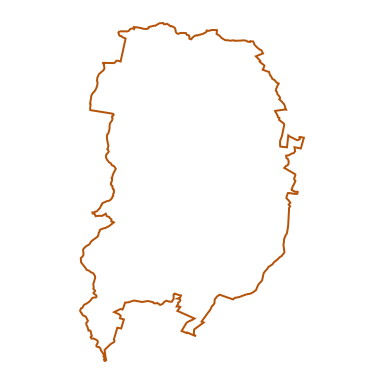 the district of Magesti, Bihor, Romania
{"feature_id": "2599482B73401020399512", "entity_name": "Magesti", "entity_type": "district", "adm_level": 2, "iso_a3": "ROU", "parent_name": "Romania", "parent_adm1": "Bihor", "projection": "robinson", "projection_center": [22.44, 46.993], "detail": "fine", "context": "isolated", "style": "outline", "palette": "amber", "viewbox_px": 384, "rotation_deg": 0, "n_neighbors": 0, "source": "geoboundaries", "source_scale": "gbopen_adm2", "svg_char_len": 5855}
<svg xmlns="http://www.w3.org/2000/svg" viewBox="0 0 384 384"><path d="M303.9,137.7L299.7,136.9L299.3,137.3L299.8,138.6L299.8,139.1L298.2,140.0L297.2,140.2L289.7,136.5L288.3,135.4L287.0,147.3L280.3,146.6L280.1,145.0L280.1,140.8L281.9,136.3L284.2,124.9L283.9,123.6L279.1,119.9L279.4,118.5L279.3,117.8L278.1,117.4L277.3,115.0L275.5,111.9L275.1,110.9L284.9,109.5L286.2,109.7L286.1,109.3L285.8,109.2L285.3,108.2L284.9,106.2L284.1,104.2L280.4,100.2L279.3,99.4L280.1,97.9L279.9,97.3L278.5,95.3L277.4,94.1L276.9,91.8L276.0,90.9L275.8,90.5L276.1,89.0L277.8,85.1L278.7,83.6L276.6,82.5L274.4,79.9L272.4,79.0L271.1,76.3L270.1,75.3L269.0,71.8L267.2,71.4L262.7,69.7L264.0,67.1L264.4,65.5L259.6,61.7L260.3,60.8L255.9,56.3L263.0,53.4L261.2,50.0L259.6,49.5L257.5,47.8L254.6,44.9L253.2,41.5L250.3,41.2L250.1,41.9L247.8,41.7L246.3,40.7L243.3,40.3L241.2,40.6L236.1,40.7L235.3,40.9L233.5,40.3L230.1,40.7L227.7,40.2L226.4,40.3L225.0,40.0L221.6,38.0L219.3,35.5L216.6,34.0L217.0,30.2L214.5,30.0L211.5,30.0L209.7,30.7L209.3,30.6L208.0,30.9L206.7,30.5L206.4,31.8L205.7,32.4L202.6,34.0L198.9,34.9L197.7,35.5L197.1,35.5L196.6,35.2L194.7,35.9L192.3,37.8L191.3,39.3L189.4,38.7L189.3,37.7L189.5,36.5L189.3,36.0L188.4,35.1L187.0,34.9L186.3,34.1L186.1,33.2L183.5,32.9L179.9,33.1L178.5,33.8L177.7,33.8L176.4,32.9L175.6,31.3L175.5,29.8L175.0,28.3L174.5,27.6L171.5,26.1L170.8,25.9L170.4,26.2L167.6,24.1L166.8,23.8L166.0,24.2L163.8,24.2L163.4,23.2L162.9,23.0L159.4,23.3L155.2,25.8L154.0,25.7L148.6,27.1L148.5,28.3L146.6,29.0L143.1,28.8L141.4,28.1L136.9,27.3L134.2,27.1L134.6,27.9L134.0,29.1L133.4,28.6L132.3,28.4L130.6,28.9L129.6,29.7L128.7,30.9L127.2,31.4L120.4,31.3L118.9,31.9L118.4,32.7L119.1,35.0L120.1,36.0L120.9,35.9L121.4,36.1L122.3,37.1L125.6,38.5L120.6,61.5L118.2,60.8L116.7,60.7L116.3,60.9L114.9,62.5L113.9,63.1L102.3,62.8L104.3,63.8L103.7,64.7L104.2,66.3L104.4,68.6L103.3,70.4L99.0,74.1L97.4,77.5L97.0,80.5L97.6,83.1L97.0,86.4L95.8,89.3L94.2,91.8L93.1,92.6L91.4,95.5L90.1,103.7L90.3,103.8L90.4,104.5L90.6,104.5L90.1,108.6L90.3,110.1L110.9,113.4L113.2,113.9L113.6,114.5L113.6,115.0L113.1,115.6L112.1,116.2L112.1,117.6L112.6,118.2L112.0,120.5L109.9,123.5L109.6,125.7L109.5,129.3L108.2,133.7L107.3,134.3L107.0,135.8L106.9,137.6L107.4,141.3L108.4,145.7L108.0,147.7L107.3,149.2L108.1,149.9L108.7,151.7L106.1,155.0L106.0,156.6L106.0,157.3L107.0,159.8L107.7,160.4L108.8,162.0L110.5,163.1L111.4,164.0L111.7,165.1L114.1,166.2L115.8,168.8L112.9,174.4L112.5,176.3L111.6,178.2L112.1,178.6L112.2,179.2L111.8,181.4L111.0,182.8L110.9,183.4L111.2,183.7L110.9,184.5L111.6,185.4L112.2,185.7L112.2,186.2L112.6,187.0L112.6,188.4L113.1,189.2L113.8,189.5L113.8,190.7L114.0,190.9L113.8,192.9L113.2,193.9L113.2,195.9L112.6,196.3L112.1,198.0L111.6,198.3L111.3,199.0L110.3,200.0L109.5,200.5L107.5,201.1L107.1,201.1L102.5,203.1L102.1,203.7L101.9,204.7L101.4,204.9L99.8,208.3L99.0,208.9L97.0,211.2L93.3,212.5L92.4,212.5L92.6,213.5L94.6,213.9L95.6,216.2L98.6,215.8L102.1,215.9L105.7,213.7L106.6,216.1L109.2,217.0L109.7,217.9L111.4,219.4L111.5,219.7L111.3,221.4L111.8,221.7L113.1,221.9L113.9,222.4L108.4,226.6L108.0,226.6L105.0,228.2L104.3,228.1L100.3,229.6L99.7,230.2L99.7,231.2L98.7,232.9L98.4,234.8L97.9,236.2L97.1,237.0L92.7,240.2L90.9,241.8L89.8,243.8L88.9,244.6L85.9,246.4L83.6,248.7L83.0,250.1L83.4,252.3L83.4,255.2L82.2,256.9L80.8,258.1L81.1,262.4L86.1,268.8L86.6,269.9L89.1,270.7L90.8,272.2L92.7,272.9L93.6,273.7L94.9,275.9L95.2,277.6L93.3,284.2L93.7,287.6L93.3,288.8L94.5,289.8L95.1,291.0L93.5,292.8L93.5,293.3L95.8,294.9L96.4,295.7L96.5,296.4L96.3,297.2L95.8,297.4L93.4,297.6L92.3,298.0L90.1,300.9L89.0,301.9L86.7,303.5L84.5,304.6L83.7,305.3L82.3,307.9L81.0,308.4L80.1,310.7L81.0,312.7L81.7,313.1L82.6,315.1L85.8,316.7L87.9,320.8L87.9,321.0L86.2,323.1L86.6,325.5L87.4,326.7L88.5,330.5L89.1,330.2L90.4,330.8L91.0,332.5L91.1,333.8L91.9,335.9L90.7,336.9L90.6,337.4L91.8,338.7L93.6,338.5L96.6,340.0L97.5,340.9L97.9,342.0L97.4,343.5L96.4,345.1L96.5,346.3L97.8,347.1L99.0,347.0L100.5,348.6L100.8,350.2L103.5,354.1L103.8,355.7L103.5,356.6L104.8,358.4L104.7,359.4L104.3,359.2L104.0,359.5L104.3,360.5L105.0,361.0L106.2,360.1L105.6,357.9L104.6,349.9L110.4,344.3L114.1,342.0L114.5,340.6L113.9,339.5L117.3,327.7L121.2,328.5L123.9,319.4L119.9,318.3L120.7,315.8L119.1,314.3L114.2,312.1L120.5,309.0L122.5,309.5L123.3,307.9L125.1,302.6L128.5,302.3L133.3,300.7L134.5,300.6L142.1,302.0L147.9,301.0L152.9,302.1L153.7,303.2L155.7,303.4L157.4,303.0L160.1,304.9L162.5,304.0L164.3,301.9L166.2,300.7L169.1,301.6L171.8,301.7L173.6,298.8L173.6,294.8L174.2,294.5L174.2,293.9L174.7,293.6L179.1,295.1L181.0,295.5L180.1,297.5L177.6,298.6L179.4,298.9L180.2,299.6L180.1,301.0L178.1,302.9L178.2,304.1L177.6,304.8L176.7,306.5L179.7,306.6L180.3,306.9L177.4,310.9L194.5,318.5L192.6,319.7L188.5,321.5L186.5,322.8L181.6,331.0L186.8,333.1L187.1,332.5L195.9,336.2L193.9,334.5L193.9,332.2L194.2,329.4L203.7,322.5L201.6,321.6L207.7,313.1L210.2,309.9L212.0,306.0L213.0,305.3L213.8,304.2L214.5,303.1L214.6,300.0L215.1,299.0L216.9,296.6L219.6,294.7L233.0,299.4L235.0,297.8L239.0,297.1L246.0,294.5L250.6,293.6L253.2,292.2L256.0,290.1L258.0,285.3L258.9,283.9L261.2,281.5L262.2,280.0L263.6,273.4L264.8,271.6L267.3,268.8L268.6,266.8L272.3,264.5L274.0,262.2L277.1,259.8L280.0,257.0L281.5,256.1L284.1,252.9L284.4,252.0L283.4,244.5L283.9,242.2L284.1,239.2L285.7,235.1L286.5,234.1L287.1,232.6L288.2,225.3L289.0,209.9L289.0,208.1L290.1,206.2L288.7,204.7L290.3,202.8L288.5,200.3L286.4,198.1L286.7,196.3L287.9,193.1L289.2,193.0L294.5,193.9L297.2,193.9L297.6,192.9L297.6,191.8L294.7,191.6L292.2,190.3L292.3,190.0L291.6,189.5L292.6,186.7L294.9,182.4L295.4,180.7L294.3,179.6L294.1,178.8L295.4,175.0L295.3,174.3L284.3,167.9L285.6,166.4L288.1,164.7L288.6,163.3L288.6,160.9L287.8,158.9L287.0,158.5L286.3,157.7L286.2,155.6L288.4,155.4L291.7,153.6L293.7,153.1L295.1,151.3L294.5,147.2L300.8,148.5L303.9,137.7Z" fill="none" stroke="#b45309" stroke-width="2"/></svg>